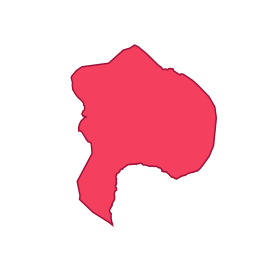 Bukavu, Sud-Kivu, Democratic Republic of the Congo (Albers equal-area conic projection), rotated 51°
{"feature_id": "63176286B64827262038855", "entity_name": "Bukavu", "entity_type": "district", "adm_level": 2, "iso_a3": "COD", "parent_name": "Democratic Republic of the Congo", "parent_adm1": "Sud-Kivu", "projection": "albers", "projection_center": [28.866, -2.508], "detail": "fine", "context": "isolated", "style": "filled", "palette": "rose", "viewbox_px": 256, "rotation_deg": 51, "n_neighbors": 0, "source": "geoboundaries", "source_scale": "gbopen_adm2", "svg_char_len": 5687}
<svg xmlns="http://www.w3.org/2000/svg" viewBox="0 0 256 256"><g transform="rotate(51 128 128)"><path d="M175.8,53.1L166.1,47.2L154.6,45.4L145.5,46.2L137.8,46.9L131.3,48.0L120.9,51.3L120.2,52.0L119.6,52.4L119.4,52.7L119.4,53.1L119.2,53.4L119.3,53.7L119.5,54.1L117.9,54.8L116.9,55.1L116.5,55.3L115.2,55.6L113.8,56.1L113.5,56.3L113.4,56.4L111.7,56.4L111.0,56.0L110.7,55.8L110.2,56.0L110.2,56.3L110.0,56.6L109.5,56.7L108.8,57.3L108.2,57.8L108.1,58.0L108.0,58.5L107.7,58.9L107.6,60.8L107.4,61.0L107.2,61.1L106.3,61.3L105.8,61.6L105.4,62.3L104.7,63.9L104.6,64.1L104.4,64.1L103.4,64.1L102.2,63.9L100.9,64.1L99.7,64.6L98.5,64.9L92.7,65.6L81.5,66.9L71.3,69.0L67.7,70.7L67.2,76.1L64.5,82.6L65.5,102.3L51.5,125.2L51.0,130.4L51.0,132.4L51.6,135.3L52.3,138.9L53.3,140.6L54.3,140.9L55.2,141.4L57.8,142.5L59.6,144.3L63.4,146.7L68.0,147.4L72.2,147.6L76.9,146.9L80.5,146.8L81.8,147.7L82.8,148.1L83.4,148.1L84.5,148.5L86.0,149.9L86.5,150.6L86.6,152.4L87.4,153.6L87.6,154.3L88.3,155.1L88.6,155.1L89.5,155.4L90.2,155.4L90.7,155.3L91.9,154.7L91.9,154.1L92.4,153.8L93.0,153.6L92.6,155.9L93.0,159.8L94.4,163.1L96.4,165.8L97.8,167.2L98.6,167.2L98.9,167.7L99.4,168.1L99.6,167.8L99.6,167.4L100.0,167.0L101.6,166.6L102.2,166.4L103.0,166.4L103.9,166.5L104.6,166.7L105.9,166.8L107.7,167.1L108.9,167.3L109.6,167.4L110.5,167.6L111.4,167.6L112.1,167.4L113.0,167.7L113.6,167.6L114.2,167.2L114.5,166.8L115.7,166.5L116.2,166.5L116.6,166.1L125.2,171.9L137.6,201.1L150.5,207.9L153.0,210.6L171.2,208.3L189.4,202.1L193.8,201.1L193.4,200.9L193.0,200.8L192.5,200.3L192.3,200.1L191.5,200.1L190.8,199.9L190.5,199.7L190.1,199.6L189.7,199.1L189.0,198.9L188.7,198.5L188.3,198.5L187.9,198.3L187.4,198.1L187.2,197.8L186.8,197.5L186.6,197.2L186.4,197.1L186.3,196.9L185.6,196.6L185.3,196.4L184.9,195.9L184.6,195.4L184.0,194.9L183.2,195.0L183.0,195.3L182.8,195.4L182.5,195.4L182.2,195.3L181.9,195.0L181.4,194.6L180.9,194.5L180.1,193.9L180.0,193.7L179.8,193.0L179.6,192.9L179.6,192.3L179.3,192.1L179.1,191.7L178.8,191.6L178.7,191.2L178.9,190.9L178.9,190.7L178.5,189.8L178.4,189.6L178.2,189.7L177.8,189.4L177.8,189.2L178.0,189.1L177.9,188.8L177.5,188.5L177.3,188.2L177.2,188.1L177.1,187.9L176.9,187.8L176.6,187.6L176.5,187.4L176.5,187.0L176.4,186.9L176.1,186.6L176.0,186.3L176.0,186.2L176.0,185.5L175.7,185.2L175.6,184.6L175.0,183.3L174.5,182.9L173.8,182.5L173.5,182.2L173.4,181.9L173.1,181.6L172.8,181.6L172.5,181.2L171.8,181.1L171.3,180.9L170.7,180.1L170.1,179.6L169.7,179.0L169.2,178.5L169.0,178.1L169.0,177.0L169.1,176.2L168.9,175.8L168.6,175.6L167.6,175.1L167.5,174.8L167.3,174.7L166.1,174.6L165.6,174.6L165.3,174.5L165.2,174.3L165.1,173.8L165.0,173.7L164.9,173.7L164.8,173.4L164.5,173.3L164.3,172.8L164.3,172.7L164.3,172.4L164.0,172.0L163.9,172.1L163.8,171.7L163.7,171.5L163.5,171.4L163.2,171.4L163.0,171.1L162.6,171.1L162.3,171.0L161.9,170.8L161.8,170.5L160.9,169.6L160.6,169.2L160.5,168.9L159.5,168.7L159.4,168.7L159.1,168.6L158.9,168.4L158.2,168.0L157.9,167.8L157.8,167.7L157.7,167.1L157.6,166.9L157.3,166.6L157.2,166.5L156.6,166.1L156.4,165.9L156.6,165.3L156.8,164.9L156.8,164.0L156.7,163.5L156.8,163.0L156.6,161.7L156.3,161.3L155.9,161.0L155.7,160.5L155.7,160.0L156.0,158.9L156.4,158.4L156.5,158.3L156.4,157.6L156.2,157.5L156.2,156.7L156.0,155.7L156.2,155.3L156.3,154.9L156.4,153.8L156.1,153.4L156.2,153.0L156.2,152.8L156.4,152.8L156.4,152.7L156.4,152.3L156.4,151.5L156.5,151.1L156.6,150.8L157.2,150.2L157.3,150.1L157.3,149.7L157.6,149.1L157.9,149.0L157.9,148.6L158.0,148.5L158.3,148.5L158.4,148.0L158.8,147.7L159.3,146.9L159.4,146.6L159.5,146.3L159.9,146.2L160.0,146.0L160.0,145.7L160.2,145.4L160.4,145.1L160.5,145.0L161.0,144.9L161.5,144.5L161.6,144.0L161.5,143.9L161.4,143.6L161.6,143.1L161.7,142.9L162.0,142.7L162.4,142.3L162.7,141.3L163.1,140.6L163.3,140.3L163.4,140.1L163.6,140.0L164.0,139.9L164.5,139.8L164.8,139.6L165.6,139.6L166.6,139.2L167.2,138.2L167.5,138.0L167.8,137.7L168.6,137.1L169.2,136.8L169.4,136.5L169.7,136.4L170.0,136.2L170.4,135.9L170.5,135.9L170.7,135.6L170.9,135.5L171.3,135.3L171.7,135.0L171.9,134.5L171.9,134.3L172.1,134.2L172.5,133.8L172.7,133.6L173.6,132.6L174.0,132.0L174.2,131.7L174.7,131.5L174.9,131.4L175.1,131.0L175.3,130.4L175.6,130.2L176.1,129.8L176.3,129.7L176.6,129.7L177.1,129.5L177.6,129.5L177.8,129.4L177.9,129.1L178.0,128.9L178.4,128.8L178.4,128.7L178.8,128.3L179.1,128.2L179.4,128.3L179.5,128.1L180.0,128.1L180.7,127.9L181.2,127.9L181.4,127.9L181.5,127.8L182.1,127.6L182.5,127.6L182.4,128.1L182.5,128.3L182.6,128.7L182.9,128.8L183.4,128.4L183.5,128.4L183.8,128.1L184.3,128.0L184.7,127.6L184.8,127.3L185.0,127.2L185.3,126.8L185.6,126.5L185.6,126.3L185.8,126.3L186.1,126.3L186.2,126.2L186.4,126.2L186.6,126.0L186.6,125.9L186.8,126.0L186.9,125.9L187.5,125.6L187.9,125.5L188.6,125.5L189.2,125.2L189.8,125.3L190.0,125.3L190.2,125.2L190.5,125.3L190.8,125.3L190.9,125.2L191.2,125.3L191.5,125.2L192.8,125.2L193.3,125.1L193.7,124.9L194.1,124.8L194.3,124.6L194.5,124.2L195.0,123.9L195.1,123.7L195.9,123.5L196.4,123.5L196.8,123.2L197.0,123.0L197.5,122.6L198.0,122.7L198.3,121.9L198.4,121.2L198.5,121.0L198.5,119.9L198.9,118.9L198.9,118.7L198.8,118.1L198.7,117.7L198.8,117.4L199.0,117.4L199.2,116.9L199.2,116.5L199.3,116.5L199.3,116.4L199.4,116.1L199.5,115.9L199.5,115.7L199.8,115.0L199.7,114.8L199.7,114.6L200.0,114.5L200.0,114.0L200.1,113.9L200.6,113.7L200.8,113.5L200.8,112.6L200.8,112.3L201.0,111.7L200.9,110.6L201.0,109.9L201.5,109.3L201.5,109.1L201.5,108.9L201.7,108.5L201.8,108.1L202.0,107.8L202.5,106.7L202.9,106.3L202.9,106.0L203.2,105.2L203.6,104.8L203.7,104.5L203.9,103.6L203.9,102.8L204.0,102.7L204.2,102.3L204.6,102.1L204.9,101.7L205.0,101.4L205.0,100.4L205.0,99.7L204.8,97.2L203.7,92.2L201.0,82.6L195.5,72.6L175.8,53.1Z" fill="#f43f5e" stroke="#9f1239" stroke-width="1.5"/></g></svg>